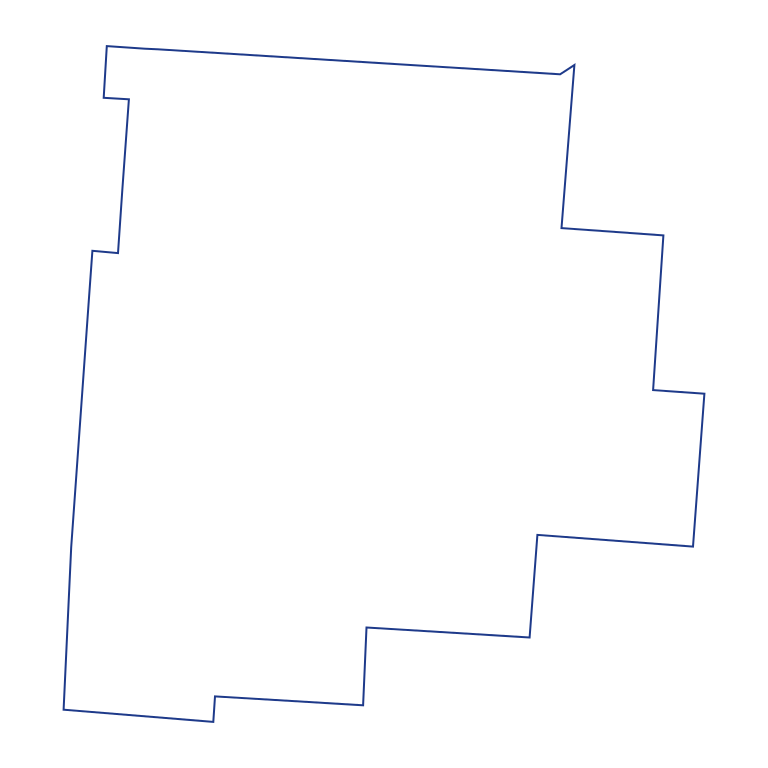 outline of Fairfield, Ohio, United States of America
{"feature_id": "52423323B60724250997999", "entity_name": "Fairfield", "entity_type": "district", "adm_level": 2, "iso_a3": "USA", "parent_name": "United States of America", "parent_adm1": "Ohio", "projection": "mercator", "projection_center": [-82.654, 39.748], "detail": "fine", "context": "isolated", "style": "outline", "palette": "blue", "viewbox_px": 768, "rotation_deg": 0, "n_neighbors": 0, "source": "geoboundaries", "source_scale": "gbopen_adm2", "svg_char_len": 415}
<svg xmlns="http://www.w3.org/2000/svg" viewBox="0 0 768 768"><path d="M88.7,302.0L71.2,547.2L63.6,709.7L213.3,721.9L215.0,696.4L363.1,705.3L366.5,627.5L529.6,637.5L537.4,534.9L693.0,546.6L704.4,393.7L653.1,390.1L663.4,235.4L561.5,228.1L574.4,65.0L560.1,74.3L157.8,49.3L144.8,48.7L106.8,46.1L103.7,97.8L128.9,99.3L122.4,188.8L118.0,253.1L92.4,250.8L88.7,302.0Z" fill="none" stroke="#1e3a8a" stroke-width="2"/></svg>